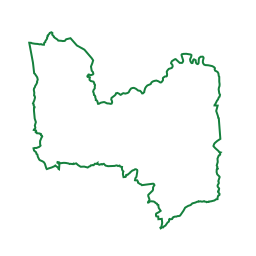 Chilcuautla, Hidalgo, Mexico (orthographic projection), rotated 264°
{"feature_id": "50627088B382438860006", "entity_name": "Chilcuautla", "entity_type": "district", "adm_level": 2, "iso_a3": "MEX", "parent_name": "Mexico", "parent_adm1": "Hidalgo", "projection": "orthographic", "projection_center": [-99.261, 20.328], "detail": "fine", "context": "isolated", "style": "outline", "palette": "green", "viewbox_px": 256, "rotation_deg": 264, "n_neighbors": 0, "source": "geoboundaries", "source_scale": "gbopen_adm2", "svg_char_len": 5773}
<svg xmlns="http://www.w3.org/2000/svg" viewBox="0 0 256 256"><g transform="rotate(264 128 128)"><path d="M45.1,150.3L42.2,151.8L41.1,149.9L40.0,147.2L39.4,146.8L37.9,146.7L37.2,146.9L36.8,148.8L34.1,148.7L34.1,152.1L30.1,152.1L26.2,150.9L25.5,149.8L24.8,150.0L25.0,150.5L25.9,151.1L25.4,152.4L26.5,153.7L27.0,155.0L29.9,157.5L30.6,158.8L31.9,159.3L32.7,159.3L33.2,159.8L32.8,160.7L32.8,161.8L32.9,162.4L33.9,162.9L34.0,163.3L34.7,163.8L34.8,164.9L35.0,165.4L34.8,166.8L35.2,168.0L35.1,169.5L35.5,170.7L39.9,174.5L42.8,176.5L44.3,179.8L44.8,182.2L46.3,184.1L46.8,187.2L47.5,189.3L47.3,190.1L47.8,190.6L47.4,191.4L47.5,192.5L47.1,193.4L47.0,194.9L47.3,196.0L46.7,196.8L46.5,197.9L46.0,198.5L46.2,199.0L46.0,200.5L46.4,200.7L46.4,202.9L46.9,206.4L47.9,208.2L47.9,209.6L49.4,209.8L51.2,210.6L51.5,210.9L51.6,211.6L52.0,212.0L53.1,212.1L54.9,210.9L55.4,210.9L55.7,211.5L56.5,211.4L56.9,212.0L58.4,212.3L60.0,211.2L61.1,211.0L62.1,211.4L63.5,212.5L64.8,212.6L65.2,212.3L65.8,212.3L69.6,214.0L70.1,213.9L72.6,211.9L74.9,211.5L77.4,211.9L77.9,212.9L78.3,213.1L78.9,212.4L80.0,212.8L81.4,212.3L84.8,213.7L88.2,213.8L91.2,215.4L91.3,216.2L92.1,216.9L93.4,216.9L94.0,217.6L94.6,216.1L95.5,215.7L98.8,212.7L100.8,211.2L101.2,211.1L103.1,212.0L104.0,212.8L105.8,215.4L107.5,218.7L128.3,219.3L128.6,218.8L130.4,218.7L135.7,217.5L140.9,219.5L141.4,216.4L142.0,216.6L142.6,217.3L145.9,219.4L147.0,220.5L149.0,221.5L149.5,222.3L151.4,223.0L152.9,222.4L156.9,222.2L158.5,222.6L160.2,223.4L162.1,223.7L164.4,223.6L169.4,224.1L170.2,223.7L172.9,223.6L174.4,222.9L176.0,220.6L177.4,220.3L178.4,220.7L179.1,220.3L179.9,219.5L180.8,218.1L182.0,214.4L182.5,211.4L183.2,210.2L184.5,209.5L185.6,209.3L187.0,209.5L189.7,210.5L190.5,210.3L191.1,209.8L191.3,207.8L190.2,206.1L189.0,205.6L185.2,205.0L184.5,204.5L184.3,203.9L184.8,203.0L185.7,202.5L186.5,202.3L188.3,202.4L189.3,201.1L189.4,200.7L189.0,200.1L185.9,198.9L185.9,198.1L186.3,197.7L188.0,197.0L189.5,196.9L190.3,197.1L191.8,198.1L193.2,198.6L193.9,198.7L194.5,198.1L195.7,193.7L195.9,190.9L195.7,189.3L195.2,188.9L194.5,188.9L189.5,189.9L188.6,189.8L187.3,188.9L187.1,188.4L187.4,186.2L191.5,182.6L191.4,181.6L189.9,178.7L188.6,177.8L187.8,177.6L186.3,178.7L184.8,178.9L183.8,178.4L183.1,177.7L182.5,174.7L181.0,173.1L179.8,172.4L177.4,172.5L175.8,172.2L175.3,171.7L175.4,170.2L174.3,168.2L173.8,167.9L172.0,167.8L170.7,166.8L169.9,165.7L169.9,164.9L171.3,163.1L172.2,161.2L172.1,159.4L171.8,157.9L171.3,156.8L170.8,156.1L169.3,155.1L168.3,151.7L167.0,150.2L165.7,149.2L163.0,148.1L162.0,147.9L160.9,146.5L160.9,145.7L162.5,144.9L163.7,143.9L164.2,142.0L166.1,140.1L166.9,138.8L167.3,138.0L167.3,136.5L166.9,135.1L165.3,133.6L163.8,132.7L163.2,132.0L162.8,131.0L162.5,128.9L163.1,127.0L162.8,126.0L162.0,124.9L161.8,123.9L162.8,123.0L164.0,121.1L163.7,119.6L162.7,119.3L161.8,118.3L159.7,114.8L158.1,114.3L156.4,114.9L155.1,114.9L154.0,114.3L153.8,113.5L154.6,110.6L154.6,109.9L156.2,107.3L156.3,106.3L156.0,103.6L155.1,101.5L155.2,100.7L157.8,100.3L158.9,99.6L159.1,98.9L160.4,99.0L162.0,98.6L162.7,98.8L163.9,98.3L164.4,97.6L166.3,97.6L167.7,97.1L169.3,97.7L170.9,99.1L172.9,99.3L174.0,99.7L174.8,99.6L175.4,99.0L176.5,99.0L177.7,98.5L178.6,95.9L179.9,94.8L181.3,94.9L182.0,95.4L182.4,95.3L183.0,94.1L183.0,93.3L183.4,93.0L184.0,93.2L184.0,94.0L185.0,94.0L185.3,94.3L185.3,94.7L184.4,96.5L184.9,98.6L185.5,99.2L187.2,99.0L188.8,97.9L193.0,97.6L196.2,99.3L198.9,100.4L201.2,99.2L210.5,92.8L215.4,85.8L223.3,80.2L222.7,75.8L221.3,74.3L221.2,73.6L221.3,72.1L221.7,70.8L222.2,67.8L223.4,67.0L225.4,64.6L226.3,63.8L226.7,63.9L228.7,62.4L230.5,62.7L231.2,61.8L230.7,60.1L230.0,59.7L228.3,57.7L228.0,57.6L227.7,57.9L226.3,56.9L225.4,56.9L222.9,54.8L222.1,54.7L221.5,53.6L219.6,53.1L219.9,51.3L220.5,50.3L220.4,49.0L221.2,46.3L221.4,44.7L222.3,41.4L222.9,40.4L223.1,38.7L202.9,40.3L192.2,40.4L191.7,41.0L187.9,43.0L185.6,43.3L183.4,42.3L182.8,42.4L180.8,41.2L179.7,40.2L178.2,39.6L177.2,38.7L175.7,38.3L172.9,38.5L170.1,38.0L169.4,38.6L168.0,38.7L165.3,37.7L162.2,36.0L161.4,36.7L160.2,36.5L158.7,37.3L158.1,37.2L157.9,36.6L155.3,36.3L147.1,36.2L143.5,37.0L140.2,35.6L137.9,35.9L137.1,35.4L136.3,34.3L135.9,34.1L135.2,36.1L134.7,36.3L133.5,35.7L133.3,35.8L133.2,36.6L132.3,36.9L131.8,39.6L131.4,39.8L131.2,40.7L129.8,40.8L129.4,41.6L128.4,41.8L127.7,41.1L124.2,39.2L121.1,38.9L119.6,39.2L118.5,37.7L117.7,34.8L117.9,33.3L117.7,31.9L115.4,32.2L113.4,34.1L111.9,34.2L111.1,35.1L108.9,35.3L105.9,36.4L105.2,37.0L103.8,39.5L102.7,40.8L101.1,41.6L96.2,42.6L95.6,43.0L96.1,44.8L96.7,47.9L97.7,50.9L98.3,51.8L97.1,52.9L96.2,54.2L94.6,54.6L94.2,55.1L99.2,56.0L99.9,55.1L100.7,54.7L100.9,54.2L101.5,54.4L101.1,55.8L100.0,57.1L100.1,59.9L99.8,62.3L98.9,65.3L98.3,66.1L98.4,67.1L97.9,69.2L98.3,70.0L97.8,70.4L98.1,71.4L98.2,72.8L96.3,74.5L94.4,76.9L94.2,80.4L92.9,83.8L93.6,84.9L93.9,86.2L94.7,87.0L94.6,88.1L94.9,88.6L94.6,89.9L95.9,91.3L95.7,92.9L96.3,93.9L95.4,93.7L95.2,94.6L94.5,95.4L94.4,96.0L94.7,96.5L94.9,97.7L94.5,98.1L94.4,98.5L94.7,98.9L94.9,100.2L93.0,101.7L92.1,104.2L91.7,110.7L92.0,112.5L91.8,113.3L91.2,114.1L91.5,115.7L90.4,116.3L89.9,118.0L88.7,117.7L87.3,117.8L86.2,118.1L85.3,118.9L84.2,118.4L82.7,118.1L79.6,118.4L79.6,120.3L79.8,120.7L80.6,120.9L81.0,121.6L81.5,121.5L81.7,123.1L82.3,123.7L83.0,125.0L83.6,125.5L85.3,128.0L85.5,129.3L86.2,130.6L86.1,131.6L85.3,132.7L84.6,132.8L83.4,132.6L78.6,131.3L77.3,130.1L75.3,129.5L75.1,130.2L75.0,131.7L73.6,132.3L72.6,132.2L70.9,134.3L70.5,135.2L69.7,135.8L70.0,147.2L69.3,148.1L68.3,148.3L67.4,147.4L66.2,146.7L64.3,146.5L63.2,146.0L59.4,141.2L58.3,141.0L54.7,141.9L54.1,141.7L52.1,140.1L51.8,140.1L51.7,140.7L52.6,141.9L52.7,143.4L52.2,145.9L51.9,146.3L51.3,147.1L50.6,147.5L49.7,148.9L48.7,149.1L48.3,150.1L46.2,150.1L45.1,150.3Z" fill="none" stroke="#15803d" stroke-width="2"/></g></svg>